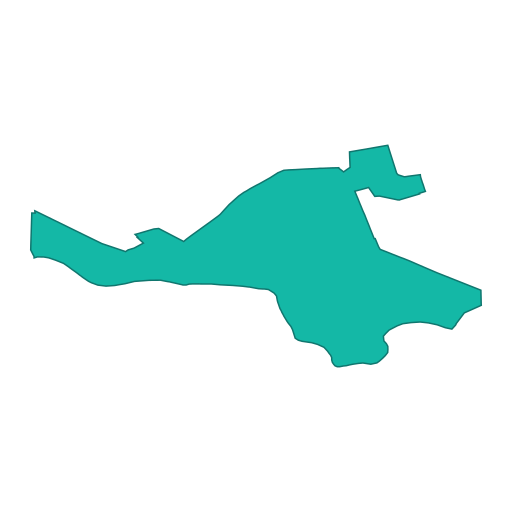 the district of Mazsalaca, Mazsalacas, Latvia
{"feature_id": "27541924B66896474397363", "entity_name": "Mazsalaca", "entity_type": "district", "adm_level": 2, "iso_a3": "LVA", "parent_name": "Latvia", "parent_adm1": "Mazsalacas", "projection": "natural_earth1", "projection_center": [25.053, 57.863], "detail": "fine", "context": "isolated", "style": "filled", "palette": "teal", "viewbox_px": 512, "rotation_deg": 0, "n_neighbors": 0, "source": "geoboundaries", "source_scale": "gbopen_adm2", "svg_char_len": 3630}
<svg xmlns="http://www.w3.org/2000/svg" viewBox="0 0 512 512"><path d="M451.9,329.1L455.5,325.2L456.0,324.4L456.0,323.9L464.3,312.9L481.3,305.3L481.2,303.8L480.9,290.2L438.6,273.4L437.3,272.9L426.3,268.2L415.2,263.4L413.2,262.5L411.1,261.6L410.6,261.4L410.2,261.2L409.0,260.7L408.5,260.5L403.5,258.5L400.2,257.3L394.2,254.9L393.1,254.5L386.9,252.0L380.2,249.4L379.5,248.3L378.6,246.8L375.2,238.6L374.2,238.7L373.9,237.9L373.6,237.2L372.4,234.2L371.2,231.2L370.2,228.8L369.3,226.4L367.8,222.7L366.3,219.0L364.8,215.1L362.9,210.9L360.9,206.0L360.0,203.9L357.7,198.1L357.6,197.9L357.5,197.6L357.3,197.3L357.2,197.0L356.4,195.0L355.5,192.9L355.2,192.0L354.8,191.2L356.4,190.8L361.7,189.4L368.6,187.5L373.9,195.1L374.2,195.6L374.5,196.0L374.8,196.4L377.2,196.2L379.6,196.1L397.8,199.9L399.0,199.9L399.2,200.0L399.6,199.9L400.7,199.5L401.8,199.2L408.9,197.1L418.7,194.2L419.6,193.9L419.3,193.3L419.6,193.2L419.9,193.1L422.6,192.3L425.4,191.4L424.6,189.3L423.6,186.1L423.5,185.7L423.4,185.4L422.8,183.7L422.2,182.1L421.9,181.0L421.5,179.9L420.9,178.0L420.4,176.0L420.4,175.3L420.3,174.7L419.5,174.8L408.6,176.2L406.1,176.6L404.3,176.8L398.3,174.9L397.6,174.3L396.7,173.3L390.2,152.9L387.8,145.3L387.1,145.4L361.8,149.8L349.5,151.9L349.7,158.5L349.8,159.9L350.1,167.4L346.8,169.6L343.6,171.9L341.3,170.1L339.0,168.4L338.9,168.0L338.8,167.7L337.2,167.8L335.6,167.8L333.9,167.9L332.1,167.9L322.4,168.3L319.7,168.3L317.4,168.5L306.2,169.0L300.9,169.3L295.7,169.6L288.9,169.9L283.8,170.3L280.7,171.6L278.6,172.5L278.0,172.7L274.1,175.2L270.2,177.7L259.5,183.7L259.2,183.8L259.0,184.0L257.9,184.5L256.9,185.0L249.9,188.8L249.0,189.4L248.1,189.9L247.6,190.3L247.1,190.6L246.7,190.8L246.4,191.0L243.8,192.4L238.7,196.0L229.2,204.5L223.9,210.3L220.2,214.4L218.5,215.8L212.8,220.0L200.5,228.9L191.2,235.6L186.4,239.2L183.7,241.5L183.5,241.4L158.7,228.5L153.8,229.0L136.0,234.2L135.1,234.4L137.8,237.1L137.2,237.4L143.4,243.1L134.1,248.1L128.1,249.9L125.6,251.6L101.9,243.6L84.7,235.2L35.7,211.2L34.8,210.8L35.1,213.1L31.8,213.0L30.8,245.9L30.8,246.9L30.7,249.9L33.0,254.5L34.0,256.3L34.1,257.9L37.4,256.9L43.8,257.0L48.5,257.8L49.2,258.0L53.3,259.4L55.4,260.1L59.4,261.7L63.6,263.4L68.8,267.0L69.4,267.5L72.4,269.7L75.1,271.6L77.4,273.3L79.7,275.1L83.2,277.7L88.5,281.3L91.5,282.8L92.4,283.1L97.8,285.1L106.0,286.1L114.7,285.5L119.1,284.7L125.1,283.7L134.5,281.4L143.9,280.7L149.3,280.3L160.4,280.2L160.5,280.2L164.0,280.9L167.6,281.6L169.8,281.9L171.3,282.3L174.5,283.0L182.4,284.8L182.9,285.0L186.1,285.0L189.1,284.1L192.9,283.9L194.5,283.9L196.7,283.9L198.2,283.9L202.4,284.0L203.0,284.0L211.1,284.0L211.5,284.0L220.2,284.8L226.1,285.1L232.1,285.4L237.2,285.8L242.3,286.2L245.6,286.6L248.6,287.0L249.3,287.0L258.5,288.7L263.1,289.0L264.3,289.0L265.2,289.1L268.4,289.5L274.0,293.0L276.3,295.7L276.5,296.0L277.4,300.9L277.9,302.6L278.7,304.8L279.5,307.2L279.7,307.8L280.1,308.8L281.2,310.7L281.9,312.4L282.8,314.0L283.6,315.5L283.8,316.0L285.2,318.3L286.6,320.6L286.9,321.1L287.2,321.6L287.8,322.4L288.3,323.2L289.6,324.8L290.9,326.4L292.5,329.6L295.2,338.2L298.3,340.2L302.1,341.3L311.7,342.7L317.6,344.4L324.0,347.3L327.6,351.2L328.9,353.1L330.6,355.2L331.7,357.6L331.7,359.9L332.4,362.4L333.7,364.3L335.0,365.8L337.2,366.7L338.3,366.7L339.8,366.7L343.3,366.0L346.3,365.7L349.5,364.9L353.0,364.2L358.4,363.4L362.9,363.0L370.8,364.2L376.9,362.9L379.3,361.2L382.7,358.2L385.3,355.6L387.7,352.5L387.9,349.4L387.8,346.3L386.4,343.7L383.9,340.9L383.6,338.3L383.4,336.1L385.8,333.4L389.2,330.0L397.3,325.8L402.8,323.7L411.0,322.6L420.1,322.0L428.4,322.9L437.2,324.8L445.3,327.7L451.9,329.1Z" fill="#14b8a6" stroke="#0f766e" stroke-width="1.5"/></svg>